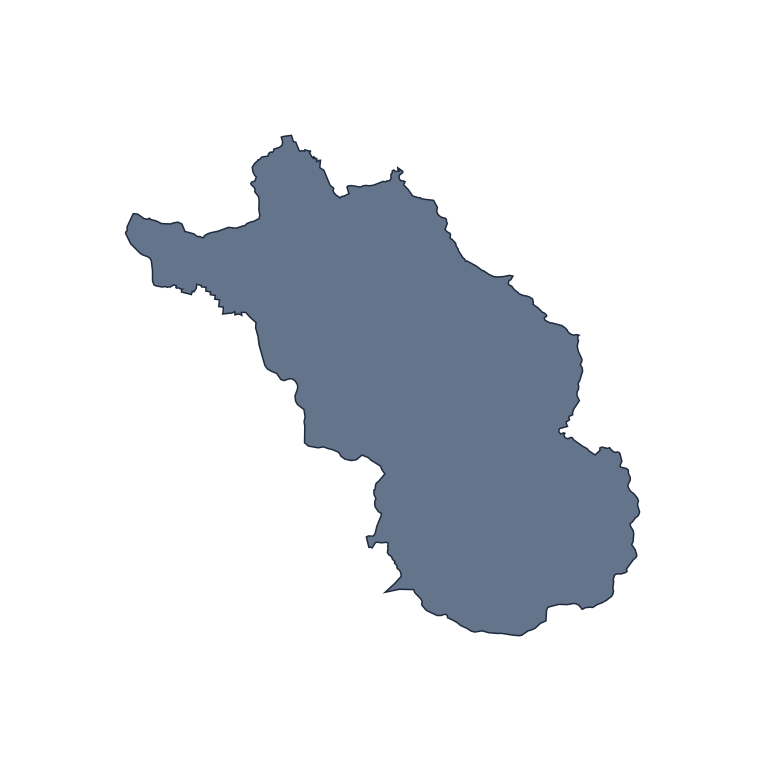 Tlapacoya, Puebla, Mexico (Equal Earth projection), rotated 286°
{"feature_id": "50627088B8286013017465", "entity_name": "Tlapacoya", "entity_type": "district", "adm_level": 2, "iso_a3": "MEX", "parent_name": "Mexico", "parent_adm1": "Puebla", "projection": "equal_earth", "projection_center": [-97.834, 20.137], "detail": "fine", "context": "isolated", "style": "filled", "palette": "slate", "viewbox_px": 768, "rotation_deg": 286, "n_neighbors": 0, "source": "geoboundaries", "source_scale": "gbopen_adm2", "svg_char_len": 6154}
<svg xmlns="http://www.w3.org/2000/svg" viewBox="0 0 768 768"><g transform="rotate(286 384 384)"><path d="M383.0,628.5L383.0,627.1L381.9,625.0L382.3,622.9L383.4,620.4L385.0,618.5L383.7,616.6L383.4,610.7L381.9,609.1L379.7,609.9L374.0,606.4L376.3,599.3L377.9,596.9L379.0,591.8L382.6,581.7L384.2,580.0L384.2,578.5L382.0,575.6L382.3,573.5L383.2,571.6L384.9,571.1L386.4,571.5L386.7,570.3L384.7,567.8L385.8,565.7L388.0,564.7L389.7,565.3L393.8,572.1L396.1,570.2L397.9,569.7L400.6,572.2L403.0,570.8L404.0,570.9L406.4,573.9L408.4,573.1L412.4,573.4L421.8,576.4L426.1,572.7L429.5,571.8L432.6,572.4L435.3,571.9L437.7,570.5L441.4,571.2L451.1,571.4L454.3,570.0L456.5,567.5L460.5,567.9L462.5,567.4L468.8,561.9L473.6,559.3L479.3,559.0L480.3,558.1L483.4,557.1L484.6,558.0L484.6,555.6L483.2,552.7L483.4,550.1L484.3,547.2L486.6,544.9L487.8,542.8L489.2,538.7L489.0,529.0L488.6,526.4L489.5,521.7L490.6,520.4L492.0,519.9L493.9,521.7L495.3,520.9L496.5,518.2L496.7,516.3L499.7,511.0L501.6,505.5L503.9,504.9L506.7,503.4L507.7,500.2L507.9,496.9L507.5,493.7L508.0,488.6L508.8,487.8L510.6,483.2L513.3,479.7L513.7,477.0L514.5,475.9L517.8,475.6L519.2,477.2L523.3,478.2L523.0,474.7L520.0,468.8L518.1,463.5L517.5,459.5L518.3,454.6L520.3,448.5L520.2,446.9L522.7,440.6L525.1,430.0L524.7,428.3L526.4,427.0L526.8,425.5L532.4,419.1L534.3,418.0L536.3,415.5L539.1,414.0L541.9,409.4L542.1,407.5L546.1,406.7L547.1,405.7L547.7,402.7L549.3,400.1L555.9,400.6L557.4,399.3L559.4,398.6L560.3,397.4L560.0,394.7L560.4,392.2L561.5,389.7L563.0,388.1L565.3,386.9L568.5,386.7L574.2,381.0L572.4,369.8L573.1,367.2L572.6,366.4L572.7,359.7L577.4,353.9L580.6,348.4L581.7,348.0L584.2,348.6L584.6,347.3L584.1,344.4L585.0,342.6L586.2,341.6L588.4,341.3L589.9,341.8L592.1,343.7L593.6,343.4L595.7,337.6L594.0,338.3L593.0,339.9L591.6,336.9L591.6,336.0L592.4,334.3L590.8,333.2L589.4,333.7L587.2,332.9L583.8,334.1L582.2,333.8L580.4,332.6L580.1,330.9L578.7,329.7L578.6,327.5L572.3,319.2L570.5,315.3L569.8,311.5L568.5,308.9L566.8,307.3L565.8,298.1L564.5,294.9L563.1,294.1L557.2,297.8L553.5,293.6L552.9,292.0L550.7,290.2L551.5,288.9L552.2,286.2L554.4,282.7L556.0,281.8L558.3,281.7L560.3,277.3L572.9,267.3L574.3,262.6L581.6,261.3L581.1,260.0L579.3,258.6L579.4,257.7L581.9,257.5L582.3,255.4L583.1,253.9L582.8,253.8L581.5,256.2L581.5,253.4L583.9,250.5L586.5,248.3L587.1,249.3L587.8,248.7L587.2,247.8L587.4,243.5L585.8,243.3L585.8,241.1L584.6,239.2L585.6,237.6L592.2,232.5L592.0,230.1L597.5,226.5L594.4,219.4L593.0,217.2L588.8,219.8L585.6,220.3L582.7,218.3L579.4,213.4L577.4,213.6L575.8,212.8L575.8,211.1L573.8,209.6L571.1,209.6L568.5,204.0L565.2,202.3L564.6,201.0L563.3,200.8L560.7,199.0L556.0,197.6L552.2,199.3L549.5,201.6L547.6,204.2L543.5,203.9L541.6,201.1L539.9,200.7L538.7,201.8L537.6,204.4L535.5,206.5L533.2,206.7L529.6,211.6L526.2,213.3L516.9,215.7L511.8,218.2L508.1,218.2L507.5,217.0L504.1,213.6L503.7,212.2L501.4,209.2L500.1,207.7L498.2,206.9L496.3,203.5L495.5,203.2L495.5,202.5L493.0,198.9L491.7,191.3L485.0,182.2L481.7,175.8L479.7,173.0L477.2,170.6L475.0,170.2L474.6,169.6L475.0,166.2L474.4,164.9L474.4,163.6L475.9,159.8L475.8,150.6L482.1,145.7L482.8,141.3L480.6,136.8L479.0,134.7L476.9,126.0L478.0,119.8L477.8,114.5L478.6,113.3L478.4,112.1L477.2,111.8L476.9,107.7L479.4,100.4L478.7,96.0L464.1,93.7L460.7,94.9L458.7,93.8L457.6,94.1L449.1,101.7L442.5,113.4L441.6,116.2L441.2,121.9L440.3,124.6L438.1,126.5L429.2,130.2L419.3,133.1L415.9,135.5L415.5,137.1L416.0,143.8L417.4,146.9L417.2,149.2L418.0,150.0L418.3,151.9L421.1,154.3L421.3,157.3L419.3,157.4L419.0,158.1L419.8,160.0L419.3,161.6L419.5,163.8L419.2,163.4L416.6,164.0L416.9,174.2L420.3,174.2L420.3,176.0L424.3,177.2L428.2,176.5L428.3,181.2L427.0,181.8L427.9,186.2L424.2,187.2L424.7,192.0L422.0,192.4L422.6,197.4L418.9,197.9L419.6,202.6L412.9,203.8L413.6,208.2L410.2,209.3L406.8,209.6L410.4,218.4L412.4,220.6L409.4,221.6L411.4,225.2L410.8,228.4L413.5,227.1L414.7,231.3L410.9,237.4L407.8,244.0L402.6,245.1L394.8,249.9L387.0,253.2L369.0,264.4L366.3,267.8L365.2,272.2L364.6,277.9L359.9,283.6L359.7,286.9L362.8,291.4L363.6,294.2L362.5,297.7L360.0,300.4L357.9,301.8L354.7,302.2L348.0,301.7L343.1,303.8L340.3,306.7L337.4,314.1L330.6,317.2L325.6,317.6L321.6,319.5L305.6,323.8L303.5,328.5L304.5,338.3L306.9,343.2L306.5,347.8L306.7,352.2L306.0,358.3L305.2,360.2L302.8,362.3L301.0,367.1L301.4,373.7L303.7,378.5L309.6,382.4L308.9,389.3L307.1,392.6L304.1,403.3L301.2,405.4L297.8,409.6L288.9,405.6L286.7,404.0L284.6,403.7L280.4,404.4L279.1,403.5L275.0,404.9L271.8,407.8L268.9,407.5L266.3,408.0L263.3,409.5L259.7,413.9L258.8,417.3L256.6,417.5L245.0,416.3L238.4,416.7L236.2,416.2L234.7,415.3L233.6,410.8L232.1,409.2L222.8,414.5L223.3,415.7L223.2,417.8L229.2,419.5L230.1,421.2L230.6,425.2L232.3,429.5L232.5,431.2L231.0,432.2L228.6,432.3L226.6,433.6L226.0,433.2L222.8,433.8L221.3,435.5L220.1,438.9L217.7,440.6L216.4,443.5L214.8,443.4L212.7,446.8L210.9,447.0L209.7,448.8L209.5,450.0L206.9,452.4L203.8,453.5L195.2,449.3L184.1,442.5L190.9,455.3L194.5,469.1L191.8,471.3L187.8,478.2L185.9,480.4L182.1,481.1L178.5,486.3L177.8,488.1L176.1,499.0L177.4,503.1L178.9,505.0L179.6,506.8L179.4,507.9L178.6,508.8L176.9,509.4L175.7,516.7L174.5,521.0L173.0,524.0L172.0,530.9L170.5,536.0L170.6,539.7L173.7,546.2L173.8,553.2L175.5,561.9L176.7,565.6L178.1,577.2L179.4,583.7L180.5,585.7L186.5,590.6L187.8,593.0L191.0,596.7L197.0,600.3L201.0,605.0L211.3,602.6L214.2,603.0L215.6,604.7L220.5,613.1L222.4,621.0L223.5,622.8L223.9,624.4L224.9,625.5L225.6,628.4L225.2,632.1L222.0,636.6L224.5,639.3L226.3,643.7L226.6,645.8L227.2,646.7L230.6,649.6L233.8,653.9L237.3,657.4L242.7,661.3L245.0,661.9L248.0,661.8L251.1,660.2L257.4,659.3L258.8,658.3L263.2,658.3L264.5,658.8L265.6,660.2L266.9,664.5L268.9,667.7L270.8,669.3L273.0,668.1L283.3,671.9L287.4,674.3L288.9,674.3L293.9,671.2L297.9,666.3L301.1,666.9L309.0,665.3L311.8,663.9L314.8,660.5L317.4,659.1L320.2,660.9L324.5,662.5L326.8,664.3L329.2,665.0L331.6,664.9L337.1,661.3L339.4,660.7L341.7,660.9L344.2,659.0L347.2,654.7L349.0,650.3L351.5,647.7L353.1,646.5L354.5,646.4L359.8,647.2L362.1,646.4L365.4,643.6L368.6,642.6L369.6,640.3L369.4,635.5L369.5,634.2L370.2,633.4L375.4,633.9L382.4,629.8L383.0,628.5Z" fill="#64748b" stroke="#1e293b" stroke-width="1.5"/></g></svg>